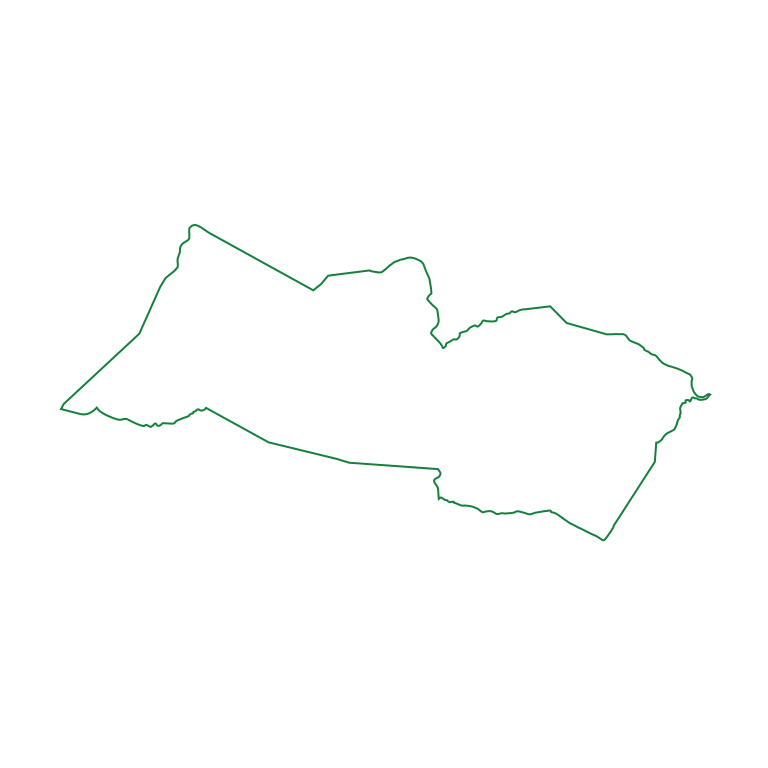 the district of Ocotepeque, Ocotepeque, Honduras, rotated 355°
{"feature_id": "27666195B53241292174391", "entity_name": "Ocotepeque", "entity_type": "district", "adm_level": 2, "iso_a3": "HND", "parent_name": "Honduras", "parent_adm1": "Ocotepeque", "projection": "mercator", "projection_center": [-89.221, 14.418], "detail": "fine", "context": "isolated", "style": "outline", "palette": "green", "viewbox_px": 768, "rotation_deg": 355, "n_neighbors": 0, "source": "geoboundaries", "source_scale": "gbopen_adm2", "svg_char_len": 6149}
<svg xmlns="http://www.w3.org/2000/svg" viewBox="0 0 768 768"><g transform="rotate(355 384 384)"><path d="M63.3,375.9L60.1,380.8L79.0,387.5L80.7,387.9L82.6,388.2L84.4,388.1L86.1,387.9L87.6,387.5L89.4,386.8L91.1,386.0L92.7,385.0L94.2,383.9L95.8,382.5L97.2,384.7L98.2,386.0L98.9,386.7L102.1,389.1L103.8,390.3L106.4,391.8L112.0,394.7L116.0,396.3L117.5,396.6L118.9,396.7L121.8,396.2L124.4,396.3L125.7,397.0L128.4,398.8L132.0,400.9L135.1,402.6L137.5,403.8L139.7,404.6L140.8,404.9L141.7,404.8L142.9,404.1L143.6,404.1L144.1,404.2L147.1,406.1L147.8,406.4L148.6,406.1L150.0,405.3L150.6,404.9L151.7,403.8L152.3,403.5L152.6,403.4L153.2,403.5L153.6,403.9L154.0,405.0L154.5,405.5L155.0,405.9L155.6,406.0L156.4,406.0L157.2,405.8L158.1,405.3L159.4,404.2L160.0,403.9L160.7,403.8L170.0,405.1L171.1,405.0L171.9,404.7L172.7,403.8L173.4,403.1L174.7,402.4L180.1,400.7L184.7,399.5L186.6,398.9L187.1,398.5L187.9,397.6L188.6,397.1L189.2,396.8L190.4,396.8L190.9,396.7L191.4,396.3L191.5,395.6L191.7,395.2L192.1,395.0L193.1,395.0L193.8,394.7L194.3,394.4L195.1,393.6L195.8,393.2L196.5,393.0L197.2,393.2L197.6,393.4L198.4,394.1L199.3,394.5L200.0,394.6L201.0,394.5L202.1,394.3L203.1,393.8L203.9,393.1L204.6,392.3L264.0,432.1L330.6,454.6L342.5,459.4L430.4,473.5L432.3,477.0L432.5,477.5L432.5,477.9L432.2,479.1L431.5,480.3L430.5,481.3L429.7,481.7L427.8,482.5L426.3,483.3L425.8,483.9L425.5,484.5L425.4,485.2L425.7,486.4L427.9,490.5L428.4,491.4L428.6,492.3L428.7,495.5L428.6,499.7L428.6,503.3L429.1,503.0L429.8,502.4L430.3,502.1L430.8,502.1L431.2,502.1L434.6,504.8L435.2,505.1L436.8,505.3L437.2,505.9L437.6,506.6L438.9,507.3L439.6,507.5L442.0,507.2L442.7,507.2L443.1,507.4L443.1,508.2L443.6,508.3L449.7,511.4L450.6,511.8L451.8,512.1L454.1,512.1L458.5,513.0L460.5,513.6L461.9,514.1L466.4,516.4L469.8,519.5L470.6,520.1L471.4,520.4L472.7,520.3L474.2,519.9L475.7,519.8L477.8,519.8L479.1,520.0L479.9,520.2L481.7,521.1L484.3,523.0L485.4,523.4L486.3,523.5L488.0,523.2L489.6,523.0L490.9,523.1L493.3,523.6L496.3,523.6L499.6,523.7L501.8,523.5L505.1,522.5L506.4,522.5L507.1,522.6L512.7,524.6L515.8,526.0L517.4,526.5L518.3,526.6L519.9,526.3L522.6,525.6L523.7,525.4L532.1,524.7L538.3,524.5L539.0,524.9L539.4,526.2L542.7,527.3L544.5,528.4L547.3,530.6L552.1,534.8L557.4,539.1L559.8,540.5L565.9,544.4L567.8,545.4L572.4,548.3L578.0,551.7L582.0,553.9L583.9,555.2L587.9,558.4L589.3,558.9L590.0,558.5L590.8,557.8L593.0,555.6L595.7,552.3L596.7,551.2L599.9,546.9L600.4,545.3L647.0,485.2L650.1,466.1L651.9,466.1L653.1,465.6L655.7,463.8L656.5,462.9L657.9,461.0L658.7,460.1L660.5,458.5L662.4,457.5L666.0,456.1L668.3,455.1L669.3,454.5L669.7,454.1L670.7,452.2L671.8,450.5L672.0,449.7L672.3,449.4L672.5,449.0L672.5,448.2L673.3,447.0L673.6,445.5L674.9,444.3L675.7,443.1L676.1,440.2L676.8,439.7L676.9,439.2L676.9,437.5L677.0,436.6L677.0,436.1L676.8,435.4L676.8,434.4L677.0,433.5L677.9,431.8L679.7,429.2L682.3,429.0L682.8,428.8L683.0,428.4L682.9,427.0L683.0,426.7L683.4,426.5L684.1,426.4L685.0,426.4L686.7,426.9L686.8,427.0L686.8,427.5L687.0,427.9L687.2,428.0L687.6,427.8L687.9,427.5L689.6,424.5L689.8,424.4L690.4,424.3L691.1,424.4L692.3,425.4L692.6,425.5L693.2,425.4L693.9,425.5L694.7,425.9L695.7,426.8L696.8,427.1L697.6,427.1L698.2,427.5L702.9,427.1L703.4,427.0L704.7,426.2L706.6,424.0L707.9,422.9L707.0,422.4L705.7,422.5L704.9,422.9L703.5,423.8L702.5,424.3L701.3,424.8L700.4,424.9L698.9,424.7L696.7,424.2L695.9,423.8L695.1,423.2L694.0,422.1L691.9,418.7L690.4,413.6L690.4,411.6L690.6,408.2L690.8,407.6L691.4,406.5L691.6,405.3L691.5,404.6L690.5,402.6L689.6,401.1L686.5,399.5L682.0,396.5L677.3,394.1L671.9,391.8L669.2,390.9L664.6,388.3L662.9,386.8L661.2,384.9L660.3,383.7L658.8,381.3L657.3,379.5L656.6,379.0L652.8,377.5L652.5,377.3L651.8,376.4L650.2,375.0L646.8,373.0L646.3,372.5L646.2,371.4L645.4,370.2L641.2,366.6L637.8,364.9L634.2,363.0L632.8,362.2L632.2,361.5L631.5,360.6L629.4,357.0L628.4,356.1L626.9,355.3L626.0,355.1L623.6,355.0L619.7,354.5L614.8,354.3L610.0,353.9L571.2,339.1L556.3,321.1L531.6,321.9L529.9,321.8L527.9,321.9L526.6,322.1L525.2,322.4L522.1,323.7L520.9,323.9L519.8,323.7L518.5,322.8L517.7,322.8L516.8,323.1L515.9,324.0L515.5,324.4L514.3,324.7L512.5,324.8L511.2,325.2L508.7,326.7L507.4,327.2L506.3,327.5L504.2,327.4L503.0,327.7L502.4,328.1L502.1,328.6L502.0,329.1L501.9,329.9L501.7,330.4L501.3,330.8L500.8,331.0L498.9,331.2L496.5,331.1L492.0,330.4L489.3,329.5L488.3,329.5L487.7,329.9L486.8,331.3L485.9,332.3L484.0,334.1L483.0,334.8L482.5,334.9L482.0,334.9L481.6,334.7L480.8,334.0L480.0,333.7L479.4,333.7L478.3,333.9L476.2,334.6L474.1,335.7L473.0,336.6L471.7,337.9L471.0,338.3L470.2,338.6L466.8,339.1L465.4,339.5L464.3,339.9L464.0,340.2L463.8,340.6L463.7,342.1L463.3,343.2L462.5,344.2L461.3,345.4L460.5,345.8L459.7,346.0L459.1,346.0L457.9,345.6L456.9,345.7L453.2,347.6L450.0,348.8L449.7,349.1L449.4,349.5L449.0,351.0L448.5,351.9L447.1,353.0L446.3,353.3L445.9,353.3L445.5,352.7L445.3,351.7L445.1,351.0L443.2,347.8L436.0,338.8L435.5,338.0L435.3,337.6L435.4,337.1L435.8,336.3L437.0,334.4L438.2,333.3L440.2,332.1L441.1,331.4L442.3,329.9L443.3,328.0L443.8,326.6L444.0,325.2L443.9,321.6L443.7,318.1L443.5,315.0L443.0,313.7L442.5,313.1L439.9,310.4L438.3,308.5L435.2,304.5L434.5,303.3L434.5,302.8L434.7,302.4L436.0,300.5L437.3,299.2L439.1,298.0L439.2,293.3L438.5,284.0L438.2,282.3L435.5,274.7L434.9,272.2L433.5,267.5L432.7,266.4L431.3,264.8L430.2,264.1L426.0,261.7L423.4,260.8L421.4,260.3L420.2,260.3L418.6,260.4L417.2,260.6L415.4,261.2L410.9,261.7L408.1,262.6L405.5,263.3L404.5,263.7L402.7,264.8L401.2,265.8L400.0,266.4L396.1,269.4L392.8,271.6L391.5,272.3L390.6,272.5L388.3,272.4L382.4,270.9L381.3,270.6L379.4,269.6L337.8,271.2L330.0,279.0L321.7,284.5L223.7,218.7L221.2,216.8L215.6,212.2L213.4,210.7L212.5,210.2L211.2,209.6L210.1,209.2L209.3,209.1L207.8,209.2L206.4,209.7L204.9,210.7L204.0,211.6L203.7,211.9L203.5,212.8L203.3,213.9L203.0,219.2L202.9,220.1L202.6,221.8L202.0,222.9L201.1,223.7L197.5,225.5L195.7,226.5L194.2,228.0L193.1,229.7L192.8,230.5L192.4,232.2L192.2,234.8L189.6,240.6L189.2,241.8L189.0,244.6L189.1,246.3L189.0,247.3L188.8,248.8L188.6,249.6L185.3,252.9L180.1,256.4L177.5,258.1L175.4,259.7L169.6,267.6L144.6,312.6L63.3,375.9Z" fill="none" stroke="#15803d" stroke-width="2"/></g></svg>